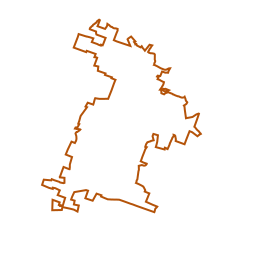 Panabá, Yucatán, Mexico (Natural Earth projection), rotated 284°
{"feature_id": "50627088B71815805148908", "entity_name": "Panabá", "entity_type": "district", "adm_level": 2, "iso_a3": "MEX", "parent_name": "Mexico", "parent_adm1": "Yucatán", "projection": "natural_earth1", "projection_center": [-88.264, 21.34], "detail": "fine", "context": "isolated", "style": "outline", "palette": "amber", "viewbox_px": 256, "rotation_deg": 284, "n_neighbors": 0, "source": "geoboundaries", "source_scale": "gbopen_adm2", "svg_char_len": 5773}
<svg xmlns="http://www.w3.org/2000/svg" viewBox="0 0 256 256"><g transform="rotate(284 128 128)"><path d="M57.5,58.8L52.0,58.4L50.8,65.9L50.7,69.7L51.9,69.5L52.0,72.1L51.0,76.9L45.9,76.0L45.2,82.8L45.1,83.9L36.8,83.5L36.8,81.5L36.5,81.6L36.3,81.7L36.1,81.8L35.9,80.7L36.3,80.4L36.5,79.5L39.3,79.7L39.8,75.1L40.1,72.2L35.0,73.3L29.9,74.4L32.4,83.6L35.4,83.5L35.7,91.3L35.7,95.2L34.7,99.2L40.9,99.0L40.7,94.0L44.6,93.8L44.8,90.1L47.6,90.4L49.8,90.8L52.8,91.4L57.6,102.3L57.5,104.4L49.5,103.6L49.3,105.9L48.9,111.3L56.7,113.4L56.3,118.5L55.0,118.4L54.3,122.7L54.1,124.3L53.9,125.6L54.2,127.1L54.6,129.3L55.9,134.9L56.2,136.4L56.3,137.0L55.8,142.4L55.1,148.9L55.0,150.9L54.5,155.0L52.7,173.9L53.4,174.0L54.5,174.0L56.1,174.0L56.6,174.2L57.4,174.7L58.0,175.1L58.8,175.4L59.5,170.4L60.8,163.2L63.9,163.7L69.7,164.5L69.9,162.8L70.4,159.6L71.8,159.8L74.2,157.7L74.4,157.4L74.9,157.0L75.0,156.5L75.4,155.3L76.2,151.8L76.6,149.1L76.9,149.2L77.8,149.2L79.2,149.1L79.6,149.2L80.2,149.5L80.4,149.5L88.7,148.6L90.0,148.7L92.5,148.0L93.9,147.6L95.4,150.4L95.3,152.7L95.9,153.9L96.7,154.5L97.3,154.8L97.9,154.8L98.1,152.4L98.2,151.3L98.4,150.4L98.8,148.4L100.1,148.6L103.5,148.9L108.8,149.6L111.5,149.9L113.9,150.8L113.9,149.3L116.7,149.5L118.9,150.3L119.4,151.2L119.9,151.9L120.6,153.2L121.0,153.4L122.3,155.9L124.4,154.7L126.0,153.8L128.4,154.1L128.2,158.8L121.7,159.7L118.5,159.7L116.2,159.6L116.0,168.7L117.8,168.5L117.8,169.0L117.7,169.7L117.3,170.4L117.1,171.5L122.1,172.4L122.5,172.3L123.3,172.4L124.2,172.5L125.1,172.8L125.6,172.8L127.1,173.1L127.5,173.2L128.0,173.3L128.5,173.4L129.3,173.4L129.8,173.6L130.3,173.9L130.8,174.2L131.1,174.2L131.5,174.2L132.4,173.9L132.3,175.0L132.0,175.3L131.8,175.7L131.5,175.9L130.7,176.2L130.3,176.4L129.1,177.0L128.0,177.3L126.9,177.4L125.9,186.8L130.4,187.3L136.7,188.1L139.8,188.5L139.6,190.1L139.4,191.4L138.1,194.4L136.8,197.4L138.2,198.4L138.7,198.9L138.9,198.9L139.1,199.1L139.9,200.1L140.2,199.8L140.2,199.6L142.0,197.3L142.6,196.0L143.4,194.8L145.2,192.5L145.3,192.1L152.9,192.9L159.0,193.4L159.1,193.1L157.8,191.1L156.7,190.1L155.6,189.1L155.0,188.6L154.3,187.9L152.4,183.8L152.0,182.8L151.5,181.9L159.2,178.8L162.5,177.6L163.3,176.8L164.3,177.8L165.5,178.8L167.1,179.3L167.3,179.3L168.4,177.7L168.8,177.4L170.5,176.5L171.7,175.6L172.0,175.4L171.5,175.1L170.9,174.2L170.7,173.6L170.5,172.6L170.6,171.5L170.8,170.2L171.0,169.6L170.8,168.8L171.1,166.0L171.4,164.6L171.5,163.7L171.5,163.4L171.8,163.1L171.9,162.5L172.0,161.7L172.1,160.9L172.4,158.6L172.8,157.5L172.0,157.1L171.9,157.4L171.6,157.2L171.1,156.1L170.3,155.4L169.8,155.2L169.4,154.9L169.8,152.0L172.7,151.1L172.8,151.8L173.1,152.2L173.2,152.9L172.6,153.9L172.5,154.7L173.7,157.5L174.6,158.5L175.0,155.7L175.1,154.8L174.5,153.6L174.6,152.9L174.4,152.7L174.0,152.6L174.0,152.3L174.0,151.9L173.9,151.8L173.8,151.5L173.5,151.1L173.0,150.3L172.9,149.8L173.2,149.9L175.6,150.9L176.9,151.2L178.5,151.7L179.7,151.8L181.2,151.8L181.4,150.4L182.0,148.0L182.3,147.1L182.4,146.5L182.5,144.9L184.6,145.3L184.8,144.4L184.9,143.7L185.5,143.9L186.0,144.2L186.0,145.8L186.2,146.7L186.5,146.8L191.0,147.4L191.0,148.1L190.7,150.8L191.0,151.7L191.1,152.3L191.3,153.5L193.2,153.6L196.1,154.4L195.8,153.4L195.4,152.8L194.5,151.8L193.8,150.9L193.7,150.6L193.5,150.0L193.4,149.2L193.9,145.3L195.0,141.3L195.5,138.8L195.5,138.0L195.8,138.1L196.1,138.2L196.4,138.1L196.9,137.9L197.3,137.9L198.9,138.3L199.4,138.2L199.8,138.1L200.2,137.8L200.9,137.4L205.3,136.4L205.9,136.2L206.1,135.9L206.4,135.4L206.4,134.8L206.3,133.0L206.0,131.8L206.1,130.1L206.6,129.1L208.7,129.7L210.0,129.9L210.8,130.4L212.6,130.9L214.0,131.5L214.0,128.8L207.1,125.7L208.8,123.6L209.0,123.2L209.3,122.6L209.8,122.4L210.7,121.5L209.3,120.6L210.2,116.7L211.5,115.8L210.9,114.9L211.9,114.3L212.9,113.1L213.8,114.2L217.5,108.9L214.9,106.6L214.0,106.1L208.2,110.4L208.5,105.9L209.3,96.1L209.8,93.0L218.0,94.0L218.4,94.1L219.7,94.3L220.2,94.3L220.5,94.3L220.8,94.1L221.6,94.0L221.7,93.0L221.7,92.0L221.4,90.5L221.4,89.9L221.6,89.2L222.1,88.3L222.0,88.0L222.0,87.8L222.2,87.3L222.2,86.6L222.3,86.5L223.2,85.0L223.5,84.3L223.9,83.0L224.0,82.8L223.7,82.8L223.4,83.0L222.2,83.0L221.6,82.9L220.7,82.6L218.6,81.8L219.4,73.8L225.8,74.6L226.0,74.1L226.1,73.8L224.3,72.3L223.8,72.0L223.6,72.0L223.2,72.0L222.2,71.4L222.1,71.2L221.9,71.2L221.1,70.4L220.8,70.3L220.4,69.9L220.3,69.7L220.0,69.4L219.7,69.2L219.4,69.1L218.5,68.9L218.2,68.4L217.6,68.0L217.2,67.9L216.8,67.6L216.4,67.2L216.2,67.1L215.9,67.0L215.6,67.0L215.2,67.0L215.0,66.9L214.6,67.0L214.0,72.6L213.9,73.7L213.6,73.8L212.9,73.9L212.3,74.1L211.1,74.7L210.9,76.0L210.7,78.3L210.0,84.5L208.7,84.3L207.8,84.2L205.4,83.9L203.1,83.6L202.1,83.4L202.3,81.7L201.4,81.7L201.7,78.9L202.0,78.3L202.6,72.1L206.6,72.7L206.8,69.1L206.8,65.7L206.7,65.6L207.2,57.4L204.4,57.3L192.9,55.9L191.5,69.1L192.9,69.3L192.0,78.7L188.6,78.3L188.8,79.9L188.9,80.2L188.7,81.1L180.4,80.2L180.5,84.3L176.2,84.9L175.5,93.0L173.9,92.8L173.3,100.1L172.3,99.9L171.7,104.2L171.3,104.1L167.7,103.6L160.6,102.9L155.4,102.2L151.5,101.7L151.2,100.4L149.4,93.5L149.2,91.7L149.0,89.4L149.0,89.0L148.0,88.8L143.8,88.7L142.3,88.6L142.8,82.8L138.5,81.6L138.3,83.2L135.7,82.2L134.6,81.7L131.3,80.4L129.7,79.7L128.0,79.1L123.1,79.0L120.1,78.7L120.0,79.8L118.6,79.4L116.7,78.9L116.0,77.7L115.8,77.0L114.6,76.7L114.7,77.8L114.6,78.3L114.7,78.6L114.8,78.8L114.9,79.3L115.0,80.9L115.1,81.8L115.0,82.1L114.2,81.7L111.8,79.6L111.7,79.1L110.6,78.5L110.0,78.4L109.6,78.6L107.7,79.8L105.5,80.5L104.2,80.7L103.1,80.7L101.5,80.3L100.6,80.1L101.1,76.5L92.1,74.7L90.5,74.5L87.2,74.0L86.3,80.7L78.5,80.4L75.6,81.1L73.9,81.3L73.8,81.0L74.6,74.9L71.0,74.5L65.2,73.9L64.0,73.6L63.6,73.8L64.3,78.4L59.4,79.6L58.9,78.8L58.7,75.3L59.1,74.5L59.2,73.3L59.5,69.2L59.9,66.4L58.6,66.2L57.5,58.8Z" fill="none" stroke="#b45309" stroke-width="2"/></g></svg>